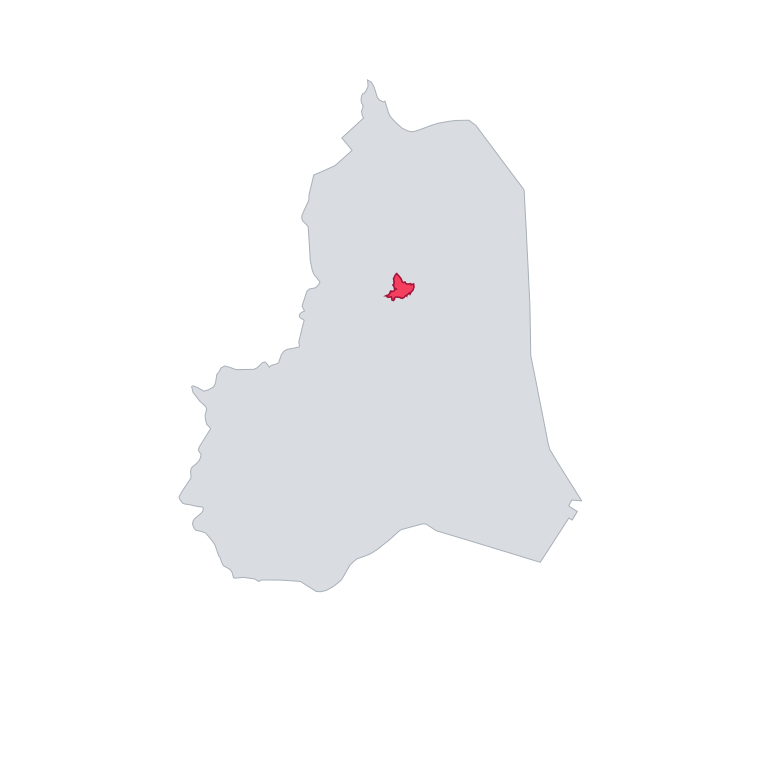 Al-Diwaniya, Al-Qādisiyyah, Iraq shown in context, rotated 228°
{"feature_id": "34846034B69027693964314", "entity_name": "Al-Diwaniya", "entity_type": "district", "adm_level": 2, "iso_a3": "IRQ", "parent_name": "Iraq", "parent_adm1": "Al-Qādisiyyah", "projection": "mercator", "projection_center": [44.918, 32.02], "detail": "fine", "context": "in_parent", "style": "filled", "palette": "rose", "viewbox_px": 768, "rotation_deg": 228, "n_neighbors": 0, "source": "geoboundaries", "source_scale": "gbopen_adm2", "svg_char_len": 5609}
<svg xmlns="http://www.w3.org/2000/svg" viewBox="0 0 768 768"><g transform="rotate(228 384 384)"><path d="M320.9,158.8L325.6,157.5L334.3,150.2L339.4,143.3L341.0,142.7L345.6,145.0L348.9,145.6L356.5,143.0L361.0,144.4L364.7,146.1L366.9,146.2L377.0,150.5L379.5,151.0L384.8,151.5L392.6,151.8L397.6,149.0L401.1,146.3L403.6,146.4L406.0,147.0L408.1,148.1L409.8,150.2L410.6,153.0L410.3,162.2L411.0,164.6L412.4,166.4L414.2,166.7L416.3,164.7L420.0,161.8L424.6,158.6L428.0,155.7L429.9,154.7L433.0,154.8L436.0,155.3L437.6,156.7L437.6,157.2L439.2,161.5L443.2,177.5L445.5,179.6L448.1,181.3L449.9,183.7L450.7,186.0L450.4,189.7L450.5,194.1L451.6,197.4L453.1,199.9L454.5,201.1L456.5,201.2L459.0,201.8L460.7,204.3L466.0,222.4L466.5,224.8L468.8,225.6L472.5,225.2L476.2,227.1L480.3,230.0L484.1,235.5L486.7,236.4L494.7,235.6L505.6,236.5L510.8,239.3L510.3,241.0L506.3,243.0L499.3,245.3L497.3,249.2L496.1,254.2L496.3,257.0L498.0,260.1L503.0,266.2L503.2,268.4L504.1,271.5L505.0,273.6L504.0,277.7L499.5,280.6L493.7,283.6L481.9,297.2L481.0,300.2L481.1,308.2L479.9,310.5L476.2,310.4L473.3,310.0L473.2,312.8L471.3,316.6L470.2,319.8L474.6,327.5L475.3,331.5L474.6,335.2L470.6,341.6L468.3,345.9L468.8,346.8L472.0,348.5L481.7,362.5L484.8,367.4L488.9,366.1L490.5,366.2L491.7,367.0L492.4,368.6L492.4,370.7L491.4,373.8L496.6,375.1L498.5,378.2L504.6,389.0L504.4,392.3L501.4,397.3L501.4,400.7L502.0,403.7L503.0,404.8L512.0,405.2L515.8,406.4L525.2,411.9L535.8,420.4L544.5,427.3L551.9,433.1L559.9,432.7L562.0,433.7L564.0,435.6L566.3,440.4L570.9,451.2L574.7,454.8L580.7,463.5L586.3,471.6L582.6,482.6L579.0,494.0L579.0,508.8L579.0,516.6L586.6,517.0L595.1,517.3L595.1,526.7L595.2,536.2L595.3,546.9L597.7,547.4L601.7,549.7L603.4,553.1L605.5,555.0L608.1,555.4L610.6,557.1L613.1,560.2L614.0,562.5L613.3,564.1L613.9,566.9L615.6,571.0L617.8,572.9L621.0,575.2L616.6,576.5L611.7,575.5L601.4,570.8L598.1,570.6L593.7,572.4L593.5,574.0L582.6,568.8L578.7,567.7L577.3,567.6L571.0,567.7L562.1,568.6L556.9,570.7L553.2,573.0L551.6,575.2L551.0,576.4L548.1,583.0L544.9,591.4L541.5,598.9L534.8,609.5L531.2,614.4L523.3,623.5L514.8,625.3L495.1,623.5L473.2,621.5L451.4,619.5L435.3,618.1L434.0,617.6L418.0,604.6L405.3,594.4L389.5,581.5L373.4,568.4L357.0,555.0L345.1,545.3L330.6,532.7L317.5,521.3L307.1,512.2L293.8,504.3L283.3,498.1L268.2,489.0L256.0,481.8L245.7,475.6L229.7,466.0L224.4,463.4L207.8,460.2L192.1,457.4L175.8,454.6L165.0,452.7L172.1,445.9L169.9,439.8L164.7,440.9L159.9,442.4L157.0,432.8L160.7,431.6L157.3,419.1L153.8,406.1L150.4,393.6L147.0,380.8L160.7,372.5L171.0,366.4L185.3,357.7L199.2,349.4L212.4,341.4L226.9,332.6L239.9,324.7L251.8,321.5L254.3,319.0L259.8,308.2L264.4,299.0L264.6,296.8L264.6,283.7L265.5,268.2L267.0,259.9L269.7,252.6L272.1,247.2L272.4,242.2L272.1,237.1L269.5,229.4L266.9,221.3L267.2,213.5L267.7,209.4L269.3,202.7L272.1,197.8L275.2,194.8L286.5,191.6L293.2,189.8L302.2,181.1L307.5,175.9L315.0,167.7L320.5,161.7L320.9,159.6L320.9,158.8Z" fill="#d9dde1" stroke="#a8b0b8" stroke-width="1"/><path d="M448.3,444.4L448.2,444.5L447.8,444.6L446.9,444.7L446.4,444.8L445.9,444.9L445.7,445.0L445.4,445.5L445.0,446.1L444.3,447.0L443.9,447.8L443.6,447.6L442.9,447.2L441.9,446.7L441.3,446.3L440.9,446.1L440.5,446.4L440.1,446.6L440.0,446.8L439.8,446.8L439.8,447.1L439.8,447.4L439.8,447.7L439.8,448.2L440.0,448.7L440.4,448.7L440.6,448.7L440.9,448.7L440.9,449.0L440.9,449.3L440.8,450.0L440.8,450.5L440.7,450.9L440.6,451.2L440.5,451.4L440.0,451.8L439.4,452.2L439.2,452.4L438.9,452.7L438.7,452.9L438.5,453.1L438.2,453.4L437.9,453.7L437.8,453.8L437.7,453.9L437.4,453.9L437.1,453.9L436.9,453.8L436.2,454.5L435.4,454.8L434.9,457.0L435.2,457.8L435.0,459.8L434.8,459.8L434.3,459.8L434.7,460.2L434.6,461.1L434.6,461.9L434.8,463.7L433.3,463.4L434.0,465.3L434.2,466.1L434.3,467.2L434.2,467.6L434.5,468.5L434.7,469.1L435.3,469.8L435.7,470.8L435.9,471.0L436.6,471.7L438.6,473.0L438.7,472.7L438.8,472.3L438.8,472.1L439.1,471.7L439.3,471.2L439.4,470.8L439.5,470.9L439.9,470.9L440.1,470.9L440.9,470.9L441.0,470.7L441.1,470.4L441.2,470.2L441.3,469.9L441.5,469.7L441.9,469.2L442.3,468.8L442.4,468.6L442.5,468.4L442.7,468.1L442.8,468.0L443.0,467.9L443.3,467.8L443.8,467.6L444.1,467.5L444.3,467.5L444.5,467.5L445.0,467.7L445.3,467.7L445.6,467.8L445.8,467.9L445.9,467.7L446.0,467.3L446.1,467.1L446.2,466.8L446.2,466.7L446.3,466.5L446.4,466.4L446.5,466.3L446.7,466.1L447.0,465.9L447.3,465.9L447.6,465.9L447.9,465.9L448.1,466.0L448.3,466.1L448.5,466.2L448.7,466.4L448.9,466.5L449.1,466.7L449.3,466.7L450.0,466.7L450.2,466.9L450.8,467.1L451.0,467.2L451.3,467.3L451.8,467.3L452.9,467.3L454.2,467.4L454.9,467.4L455.2,467.4L455.7,467.4L456.6,467.4L456.9,467.4L457.0,467.4L457.5,467.4L457.8,467.2L457.4,466.3L457.4,465.3L457.0,464.1L456.1,462.3L456.1,461.7L454.5,460.7L453.8,460.1L453.3,460.2L452.7,459.6L452.7,459.1L451.9,458.5L451.4,458.0L451.5,457.4L451.7,457.1L451.7,456.9L451.3,456.9L451.2,456.9L451.1,456.7L450.8,456.7L450.5,456.7L450.0,456.7L449.4,456.4L448.3,455.9L447.9,455.5L447.7,455.7L447.6,455.8L447.5,456.0L447.4,456.2L447.3,456.5L447.1,456.6L446.7,456.7L446.4,456.7L446.5,456.5L446.6,456.2L446.7,455.9L446.7,455.5L446.7,455.3L446.7,455.1L446.7,454.8L446.7,454.7L446.6,454.4L446.6,454.2L446.6,453.9L446.6,453.6L446.7,452.6L446.8,452.5L446.9,452.4L447.2,452.3L447.2,452.2L447.4,452.1L447.6,451.9L447.9,451.8L448.3,451.5L448.4,451.4L448.6,451.3L448.6,451.2L448.5,450.9L448.4,450.7L448.1,450.4L447.8,450.4L447.6,450.2L447.9,449.9L448.1,449.7L447.5,449.0L447.3,448.8L447.3,448.5L447.3,448.3L447.4,447.7L447.3,447.4L447.1,447.4L447.0,447.2L447.4,446.5L447.6,446.1L447.7,445.9L447.9,445.5L448.2,444.8L448.3,444.4Z" fill="#f43f5e" stroke="#9f1239" stroke-width="1.5"/></g></svg>